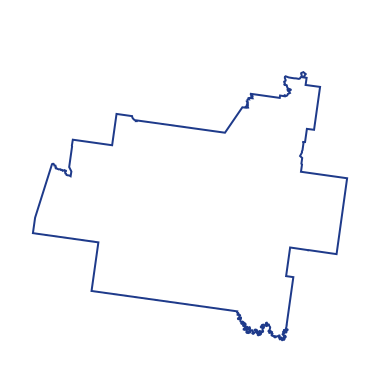 the district of Greater Shepparton, Victoria, Australia, rotated 188°
{"feature_id": "25037944B15813892804113", "entity_name": "Greater Shepparton", "entity_type": "district", "adm_level": 2, "iso_a3": "AUS", "parent_name": "Australia", "parent_adm1": "Victoria", "projection": "natural_earth1", "projection_center": [145.313, -36.427], "detail": "fine", "context": "isolated", "style": "outline", "palette": "blue", "viewbox_px": 384, "rotation_deg": 188, "n_neighbors": 0, "source": "geoboundaries", "source_scale": "gbopen_adm2", "svg_char_len": 5641}
<svg xmlns="http://www.w3.org/2000/svg" viewBox="0 0 384 384"><g transform="rotate(188 192 192)"><path d="M343.8,129.1L277.7,129.1L277.7,80.0L130.6,80.1L130.7,79.2L130.5,78.8L130.2,78.7L129.4,78.6L129.3,78.4L129.8,76.8L129.5,76.7L128.7,77.3L128.4,77.3L127.3,76.7L127.2,76.4L127.5,76.0L127.9,75.6L127.8,75.2L127.4,74.9L127.3,74.4L127.8,73.8L128.6,73.6L128.9,73.2L128.8,72.7L128.4,72.5L127.5,72.7L127.0,73.2L126.5,74.2L126.0,74.3L125.9,73.8L126.2,71.9L126.2,71.0L125.8,70.4L125.0,70.1L124.9,69.8L124.9,68.7L124.4,68.4L123.9,68.8L123.8,69.5L124.3,70.4L123.9,70.7L123.3,70.5L122.8,70.0L122.6,68.1L122.8,67.0L122.8,66.7L122.6,66.5L122.0,66.4L121.2,67.5L121.3,68.4L121.6,69.0L121.5,69.4L120.8,69.0L120.5,68.5L120.4,67.3L120.6,65.5L120.2,65.3L119.7,65.4L119.5,64.6L120.1,64.0L121.2,64.0L121.7,63.8L121.8,63.3L121.7,63.0L120.6,62.8L120.0,63.1L118.9,64.8L118.7,66.0L118.4,66.1L117.8,65.7L117.7,65.1L117.9,64.6L118.8,63.8L118.9,63.4L118.8,63.0L118.2,63.1L117.4,64.5L116.8,65.3L116.4,65.9L116.1,66.1L115.9,65.9L115.5,64.8L116.1,63.6L116.1,63.3L116.0,63.0L115.3,62.8L115.2,62.6L115.2,62.1L115.4,61.7L116.6,61.5L117.1,61.1L118.3,61.5L118.6,61.4L118.7,60.8L118.2,60.2L116.7,60.1L115.0,61.0L114.2,63.1L114.0,63.3L113.2,63.5L112.9,63.4L111.8,61.5L112.0,61.1L112.5,60.8L112.6,60.5L112.1,60.1L111.5,60.1L110.0,62.0L109.4,63.2L109.5,63.4L109.8,63.7L110.6,63.9L110.7,64.1L110.5,64.4L110.1,64.6L109.0,64.5L108.6,64.3L108.3,63.8L108.0,62.5L108.3,62.0L108.1,61.4L106.8,61.1L106.3,61.2L105.0,62.0L104.8,61.7L105.1,61.2L107.0,60.1L107.1,59.8L107.0,59.6L106.5,59.3L104.5,60.2L104.0,60.8L103.8,62.4L104.3,62.7L105.0,62.4L105.6,62.4L106.0,62.6L106.2,63.2L106.0,63.6L105.6,63.8L104.4,63.6L103.5,63.6L102.6,63.2L102.4,63.3L102.2,64.0L103.0,65.6L103.1,66.3L103.0,66.7L102.6,67.1L102.2,67.2L101.9,67.9L102.0,68.2L102.9,68.4L103.5,68.2L104.5,67.5L104.9,67.6L105.1,67.9L104.1,70.1L102.9,70.6L102.4,70.6L101.6,69.9L100.5,69.9L99.5,69.6L99.2,69.7L99.1,70.3L99.5,70.8L100.3,71.4L100.5,71.7L100.4,72.7L99.8,73.0L99.2,72.4L99.3,71.8L99.1,71.4L98.4,70.8L98.1,70.8L97.7,71.4L97.4,71.4L97.3,71.2L97.2,70.6L95.8,69.0L95.7,68.4L96.0,66.3L95.7,65.6L96.6,65.4L96.9,65.0L96.9,64.8L96.4,64.4L96.0,64.5L95.2,65.2L94.9,65.3L94.6,64.7L94.8,64.3L95.1,64.1L95.9,64.0L96.1,63.8L96.0,63.4L95.8,63.2L95.4,63.3L94.0,64.5L93.7,64.6L93.2,64.4L93.2,64.0L93.5,63.2L93.4,62.9L92.6,62.6L92.8,62.2L93.3,61.7L93.2,61.1L92.2,60.7L90.3,60.8L90.5,60.1L90.3,59.8L89.8,59.6L89.0,59.8L88.2,60.7L87.8,60.7L87.4,61.1L87.0,61.2L85.9,61.1L85.8,62.0L85.4,62.1L85.0,61.4L85.0,61.1L85.6,60.3L85.5,59.8L84.9,59.1L84.8,58.7L84.5,58.4L84.0,58.7L83.7,60.0L83.1,60.3L82.6,60.0L82.5,59.7L82.7,58.2L82.1,57.8L81.5,58.2L81.4,58.6L81.6,59.4L81.3,59.6L80.9,59.5L80.7,58.5L80.4,58.4L80.2,58.6L79.9,59.3L79.9,59.8L80.6,60.7L80.8,61.3L80.7,61.6L79.9,61.5L79.6,61.1L79.3,61.1L79.0,61.6L79.4,62.3L79.7,62.6L81.3,62.6L82.5,63.8L82.3,64.1L82.0,64.2L81.4,64.3L81.2,64.7L81.1,65.0L81.3,65.4L82.3,65.9L82.3,66.3L82.1,66.5L81.2,67.0L81.2,67.3L81.7,67.8L81.7,68.1L81.3,68.2L81.1,68.1L80.6,67.6L80.2,67.4L80.0,66.8L80.0,66.2L79.8,65.9L79.4,65.9L79.1,66.1L79.0,66.3L79.1,66.8L79.9,67.8L79.9,68.0L79.7,68.2L78.6,68.1L78.1,68.8L78.2,69.1L78.5,69.3L79.7,69.4L80.0,69.7L80.1,70.1L79.8,70.7L79.7,72.9L79.7,73.4L79.8,73.4L79.8,121.8L87.1,121.8L87.1,150.7L69.2,150.6L68.9,150.4L68.6,150.7L40.2,150.6L40.3,227.2L86.9,227.2L86.9,234.6L87.6,235.2L87.6,241.0L90.0,242.7L88.6,246.4L88.8,247.5L88.4,248.9L88.4,256.0L88.9,256.6L88.9,257.0L87.0,257.2L87.0,270.5L79.8,270.6L79.8,313.9L94.4,313.8L94.4,321.0L98.1,321.0L96.7,322.6L96.6,323.3L95.8,324.6L98.4,326.2L100.1,325.2L100.4,324.9L100.4,324.3L99.5,322.7L99.5,321.9L100.6,320.3L100.8,319.6L101.2,319.2L102.0,318.9L102.8,318.9L104.7,319.0L106.8,318.8L112.1,318.9L115.4,319.6L116.0,319.0L116.0,318.3L115.9,317.7L114.8,315.8L114.9,315.1L116.1,314.1L116.1,313.8L115.1,312.7L115.3,312.1L115.6,311.5L115.5,311.2L115.1,310.9L113.2,311.0L112.9,310.7L112.7,309.6L112.0,308.7L111.7,307.9L108.7,307.3L108.4,307.0L108.5,306.6L108.8,306.3L109.4,306.0L110.6,306.6L111.5,306.4L111.3,305.8L110.9,305.4L109.8,304.9L108.8,303.7L110.7,302.4L111.1,301.0L111.7,300.4L112.2,300.2L113.4,300.7L113.8,300.7L114.0,300.2L113.8,299.7L118.2,299.8L118.2,297.4L147.4,297.4L147.4,296.8L146.7,295.7L145.7,296.3L145.7,295.6L145.4,295.3L145.3,295.1L145.5,294.7L145.4,294.4L145.8,294.0L145.5,293.6L146.2,293.7L146.0,293.2L146.3,293.2L146.5,293.4L148.1,292.7L148.6,292.6L148.6,293.0L149.0,292.9L149.0,292.3L148.7,292.1L148.8,292.0L149.2,292.1L149.2,291.9L149.0,291.7L149.3,291.7L149.9,291.2L149.9,290.9L149.8,290.4L150.0,289.7L149.8,289.3L150.2,289.2L150.0,288.9L149.9,289.0L149.8,288.8L149.7,288.8L149.7,288.3L149.4,288.4L149.4,288.0L149.0,287.8L149.3,286.9L149.1,286.6L149.5,286.5L149.8,286.0L149.8,285.8L149.5,285.5L149.3,285.5L149.3,285.9L149.2,285.8L148.8,285.3L149.1,284.8L149.7,284.8L150.9,283.7L150.0,283.3L149.4,283.7L148.8,283.8L148.3,283.7L148.2,283.4L150.0,283.0L153.9,282.9L167.6,255.3L256.5,255.2L256.5,254.5L257.3,254.4L257.2,254.8L259.7,255.7L261.2,257.1L261.8,258.3L261.9,258.8L277.6,258.8L277.6,227.2L317.3,227.2L317.4,221.0L317.1,220.5L317.1,199.6L314.3,195.5L314.4,190.7L315.9,191.3L317.1,191.2L318.6,191.4L319.3,192.6L319.9,192.7L320.1,193.0L320.4,194.0L320.5,194.5L319.7,195.2L319.7,195.4L319.9,195.5L320.2,195.3L320.8,195.4L320.9,195.7L321.3,195.9L322.3,195.3L323.1,195.6L323.3,195.2L323.7,195.5L324.2,195.6L324.8,195.9L325.1,195.7L325.4,196.0L325.8,196.2L327.1,195.8L328.0,196.1L328.5,196.1L329.4,196.7L329.9,196.4L330.5,196.9L330.6,197.3L330.3,197.8L330.9,199.1L331.8,199.0L331.9,199.4L332.6,199.9L333.0,200.6L333.6,200.6L334.5,200.1L343.8,144.7L343.8,129.1Z" fill="none" stroke="#1e3a8a" stroke-width="2"/></g></svg>